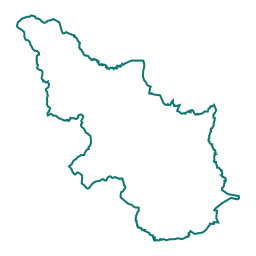 outline of Nong Prue, Kanchanaburi, Thailand
{"feature_id": "78962969B48992578424572", "entity_name": "Nong Prue", "entity_type": "district", "adm_level": 2, "iso_a3": "THA", "parent_name": "Thailand", "parent_adm1": "Kanchanaburi", "projection": "robinson", "projection_center": [99.466, 14.685], "detail": "fine", "context": "isolated", "style": "outline", "palette": "teal", "viewbox_px": 256, "rotation_deg": 0, "n_neighbors": 0, "source": "geoboundaries", "source_scale": "gbopen_adm2", "svg_char_len": 5766}
<svg xmlns="http://www.w3.org/2000/svg" viewBox="0 0 256 256"><path d="M239.0,198.4L238.7,196.0L229.8,194.5L227.6,193.8L222.0,190.0L222.2,187.7L223.1,187.4L224.0,185.6L224.2,183.6L224.6,183.3L224.8,182.0L224.4,181.8L224.4,180.9L225.8,180.7L225.5,180.0L225.7,178.7L224.9,177.6L224.4,177.7L222.9,176.7L222.7,177.0L222.3,176.8L222.2,176.2L221.5,175.6L222.0,175.6L221.8,175.1L222.3,173.8L222.0,171.4L221.2,171.1L221.0,170.6L221.3,170.0L220.2,169.4L218.9,167.9L217.2,167.6L217.4,167.1L216.9,166.7L217.0,166.0L216.0,163.5L216.3,162.3L216.1,162.0L214.5,162.1L213.8,161.1L214.5,160.2L214.1,157.3L214.5,155.4L214.9,155.1L214.6,154.5L215.1,154.3L215.1,153.6L215.5,153.7L214.8,152.9L215.6,152.4L215.2,151.4L215.4,150.6L215.0,150.1L213.8,149.8L213.8,149.1L212.7,147.8L212.8,147.2L212.2,146.7L211.9,145.6L212.3,144.4L211.1,144.2L210.2,143.6L209.5,142.8L209.6,141.5L208.5,140.8L208.4,140.3L208.8,139.6L208.6,138.6L209.3,138.0L209.1,136.0L209.5,135.8L209.5,134.9L210.5,132.5L210.3,132.1L210.9,131.8L211.2,130.7L210.6,129.7L211.4,128.3L212.2,128.2L213.8,125.2L213.7,123.2L214.5,120.7L214.8,118.0L213.4,117.6L213.4,114.5L215.1,112.6L216.2,110.0L214.1,105.1L213.8,105.7L212.4,105.8L211.9,106.5L210.4,106.4L210.0,107.8L208.5,108.7L208.2,110.8L207.7,111.6L204.9,111.4L201.3,113.9L199.7,113.9L197.9,114.6L197.2,113.8L195.7,114.6L194.0,113.0L192.9,110.4L192.1,110.2L190.8,110.3L190.7,112.1L189.7,111.5L189.3,111.9L189.0,111.1L188.5,111.1L186.0,112.8L185.3,113.7L184.8,113.2L183.7,113.2L181.4,113.7L179.7,112.0L177.1,110.9L178.4,107.3L179.6,105.1L176.1,106.1L174.1,105.9L174.4,104.9L173.2,103.8L172.7,102.7L172.9,100.6L171.7,101.9L170.2,105.1L167.9,104.2L167.6,105.0L164.8,104.5L163.4,103.0L160.1,95.3L153.7,94.5L151.7,93.3L151.2,93.9L149.1,93.3L149.9,89.9L149.8,88.4L150.7,86.6L147.3,85.2L145.3,81.4L144.1,80.2L143.0,76.6L143.2,71.2L144.2,66.7L144.2,63.1L143.6,62.4L143.4,60.6L131.4,60.6L124.7,63.6L123.6,64.7L122.2,63.8L122.1,64.8L120.8,66.0L120.2,65.5L119.9,65.8L120.2,66.7L119.6,66.7L119.2,66.1L117.3,65.7L116.8,66.6L117.3,67.8L116.6,68.6L115.4,67.7L113.8,69.0L113.7,68.0L112.9,68.1L112.4,67.6L111.7,68.1L110.7,67.7L109.1,69.0L108.5,68.3L107.2,68.5L107.2,67.3L105.8,67.2L106.0,66.4L106.5,66.2L106.3,65.7L104.5,64.7L103.2,65.0L103.2,64.5L102.4,64.4L102.1,65.1L101.2,64.1L99.8,65.1L98.6,63.9L98.7,61.4L98.3,61.1L97.8,61.4L97.9,61.0L97.1,60.8L97.2,60.5L96.2,59.8L95.5,60.0L94.8,59.4L94.3,59.5L94.2,59.0L93.0,59.1L92.6,59.9L91.8,60.2L90.9,59.4L90.5,58.3L89.6,58.2L88.1,55.9L86.4,55.9L85.4,55.2L84.7,55.4L83.7,54.5L83.3,52.8L82.0,51.5L81.7,50.0L80.4,49.0L80.2,49.2L79.2,47.5L79.5,47.2L79.3,44.4L79.9,43.6L79.9,42.8L78.5,41.8L78.5,41.2L77.7,40.5L76.6,38.1L75.9,37.9L75.3,36.8L74.5,37.0L73.9,36.5L74.3,35.4L70.0,34.1L66.2,32.1L64.9,33.1L62.9,33.3L61.8,31.2L59.4,22.4L53.2,19.0L50.8,20.4L47.9,20.7L45.7,22.5L44.3,22.9L41.8,21.5L39.6,19.1L35.7,18.2L35.1,16.5L31.2,15.4L29.7,16.8L27.9,16.6L22.0,18.6L18.0,22.4L17.4,23.9L17.0,26.4L18.8,28.3L21.0,29.3L24.0,31.9L24.4,33.1L24.4,37.0L25.5,39.5L26.1,40.0L27.8,40.2L29.3,41.2L30.4,44.6L31.2,45.7L32.8,49.1L34.8,50.7L37.1,51.0L39.0,52.9L39.1,54.6L37.5,55.1L36.7,56.7L36.9,58.2L36.4,59.7L37.0,61.5L36.8,63.6L38.0,65.0L37.1,68.1L38.0,69.2L41.2,70.3L42.2,71.3L42.5,73.4L41.6,78.0L42.3,79.7L43.2,80.1L43.1,81.4L44.5,81.2L45.4,82.3L46.6,82.5L47.7,81.7L47.7,82.5L48.8,83.6L49.0,84.6L48.4,87.3L46.1,89.0L45.8,89.8L46.4,91.4L47.2,91.7L47.3,93.9L47.9,95.3L46.9,98.7L47.3,102.4L46.8,104.1L48.1,106.7L49.7,107.6L50.2,108.4L49.2,110.5L49.1,111.6L48.0,112.2L47.6,113.1L47.5,114.4L47.9,115.5L50.7,113.8L51.6,114.1L53.1,115.6L55.1,115.5L56.4,116.1L59.0,118.5L60.6,118.6L62.2,119.7L65.4,120.7L66.6,119.9L67.7,119.9L67.6,120.6L68.4,121.0L69.5,120.2L70.6,117.7L71.7,118.4L73.4,118.0L75.9,119.1L77.5,118.3L77.7,117.5L78.2,117.4L78.2,115.9L78.8,115.1L80.4,114.5L81.2,114.6L83.0,115.9L83.2,117.5L81.3,120.8L81.6,122.1L82.3,122.8L81.0,124.5L81.1,125.8L81.8,127.1L83.9,128.6L86.0,132.8L88.0,133.6L88.6,134.6L90.2,135.7L90.7,137.6L91.0,143.3L89.7,146.2L88.5,147.1L88.8,149.1L87.3,149.4L85.5,151.7L84.7,153.0L84.2,155.0L80.8,155.1L79.7,156.2L78.1,156.7L75.8,159.3L73.8,160.3L72.2,163.0L71.9,164.1L69.0,166.3L71.2,168.6L72.9,172.4L74.2,174.0L75.3,174.5L76.8,172.7L77.9,172.5L79.7,173.4L82.1,175.4L82.2,178.3L81.7,183.4L85.0,186.0L86.5,188.1L87.9,188.5L89.3,187.9L91.6,184.5L94.3,182.1L97.1,181.2L99.5,181.1L101.3,179.7L103.1,179.1L104.7,180.4L106.1,180.6L107.5,177.8L109.2,176.4L110.8,176.5L111.9,177.8L112.5,178.0L115.1,177.0L117.0,178.0L118.2,178.1L119.0,179.0L121.7,178.4L122.5,178.6L122.2,179.8L122.7,180.2L123.6,182.2L123.8,185.0L124.6,185.4L125.5,187.2L124.8,188.7L124.1,189.1L123.0,191.5L121.3,192.0L120.8,193.3L120.6,197.3L127.5,203.2L129.5,204.3L131.7,204.8L134.6,207.4L138.7,207.6L138.8,210.5L137.0,213.3L136.5,215.1L136.1,215.6L136.1,217.1L135.7,218.0L136.0,218.9L135.5,220.3L136.3,221.2L136.7,221.2L136.5,222.7L137.4,224.5L137.0,225.4L137.6,225.8L137.4,226.4L137.9,227.4L138.7,227.7L139.3,227.4L139.9,228.1L141.3,228.0L142.0,229.9L142.4,229.6L144.3,230.4L144.5,229.9L145.0,230.0L144.5,230.9L149.2,232.9L149.6,234.5L151.6,235.3L152.7,235.3L153.0,237.0L154.2,237.0L154.9,237.6L154.8,238.0L154.2,237.8L153.5,238.4L153.7,239.2L154.3,239.6L154.2,240.2L154.9,240.6L155.2,240.2L157.1,240.0L157.9,240.4L159.3,240.4L160.0,239.9L160.0,239.2L160.8,239.0L161.6,239.9L163.4,239.0L165.0,239.8L167.0,240.1L169.6,239.3L175.0,239.1L177.8,238.3L182.1,239.1L185.3,237.7L186.3,236.7L188.4,236.8L188.5,235.5L189.2,235.1L188.9,234.5L189.2,234.3L188.7,233.9L188.7,232.9L189.9,232.3L190.5,231.1L194.5,233.9L202.5,232.5L205.8,230.1L209.2,225.5L209.9,224.9L209.9,223.7L213.8,224.0L214.1,223.0L213.5,222.3L213.6,222.1L218.3,222.5L216.2,217.9L217.0,210.7L214.3,210.2L215.2,208.7L221.6,203.5L231.1,197.8L236.6,199.3L237.7,199.2L239.0,198.4Z" fill="none" stroke="#0f766e" stroke-width="2"/></svg>